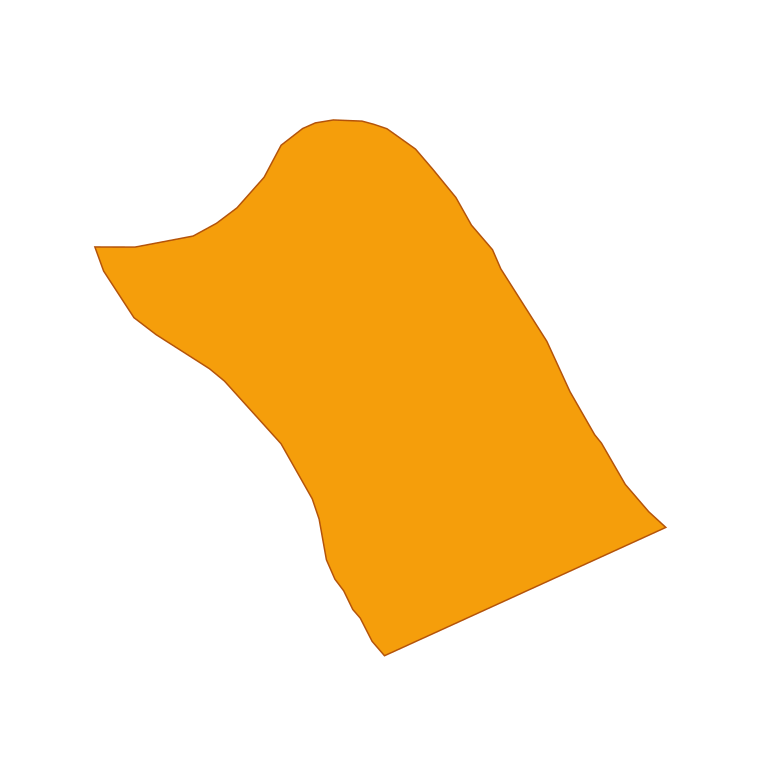 Santiago Chimaltenango, Huehuetenango, Guatemala (Equal Earth projection), rotated 139°
{"feature_id": "79465075B81878845839698", "entity_name": "Santiago Chimaltenango", "entity_type": "district", "adm_level": 2, "iso_a3": "GTM", "parent_name": "Guatemala", "parent_adm1": "Huehuetenango", "projection": "equal_earth", "projection_center": [-91.685, 15.508], "detail": "fine", "context": "isolated", "style": "filled", "palette": "amber", "viewbox_px": 768, "rotation_deg": 139, "n_neighbors": 0, "source": "geoboundaries", "source_scale": "gbopen_adm2", "svg_char_len": 674}
<svg xmlns="http://www.w3.org/2000/svg" viewBox="0 0 768 768"><g transform="rotate(139 384 384)"><path d="M512.3,677.1L521.5,653.2L529.2,598.1L523.6,570.7L505.7,510.0L502.5,490.9L500.9,406.5L513.5,344.4L521.6,324.6L542.8,289.1L549.1,268.9L550.1,254.3L555.5,234.3L555.5,222.9L561.8,197.6L561.9,178.6L265.4,90.9L268.0,113.8L267.8,149.9L258.7,196.6L258.3,207.5L248.7,256.1L233.1,309.4L220.3,394.3L214.0,414.2L213.8,446.5L207.4,477.5L206.3,514.0L206.1,540.6L214.3,574.7L221.4,586.8L228.1,596.8L249.0,616.5L264.5,626.1L277.8,630.2L305.0,631.7L338.8,618.7L379.3,613.4L405.1,615.2L431.0,620.9L482.1,650.7L512.3,677.1Z" fill="#f59e0b" stroke="#b45309" stroke-width="1.5"/></g></svg>